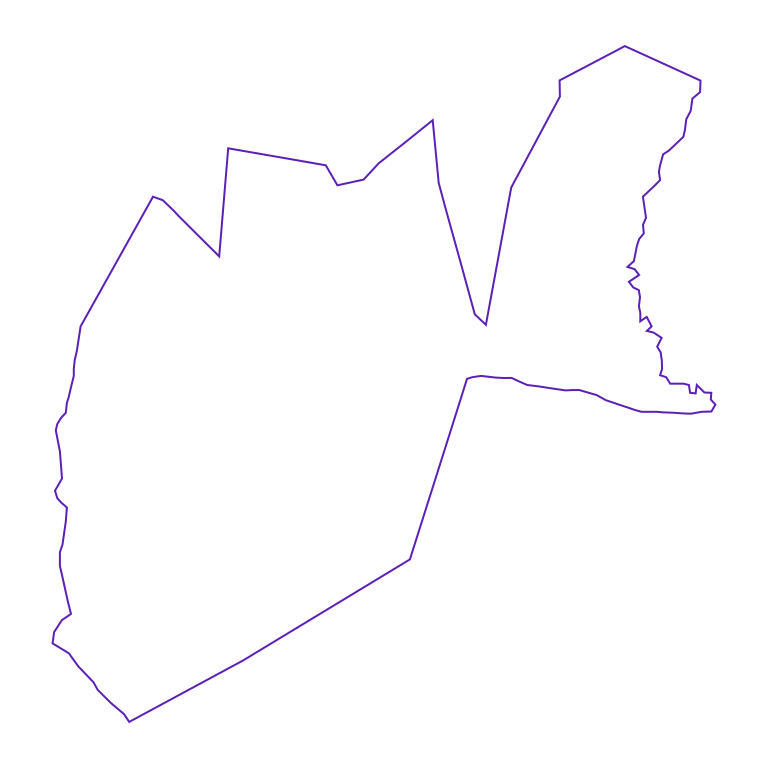 São Lourenço do Piauí, Piauí, Brazil (Natural Earth projection)
{"feature_id": "56859067B94074134644551", "entity_name": "São Lourenço do Piauí", "entity_type": "district", "adm_level": 2, "iso_a3": "BRA", "parent_name": "Brazil", "parent_adm1": "Piauí", "projection": "natural_earth1", "projection_center": [-42.478, -9.175], "detail": "fine", "context": "isolated", "style": "outline", "palette": "violet", "viewbox_px": 768, "rotation_deg": 0, "n_neighbors": 0, "source": "geoboundaries", "source_scale": "gbopen_adm2", "svg_char_len": 1766}
<svg xmlns="http://www.w3.org/2000/svg" viewBox="0 0 768 768"><path d="M700.5,80.6L624.8,46.1L559.6,80.4L559.9,96.6L511.2,187.6L497.6,261.4L485.9,324.8L474.8,314.3L460.3,261.4L445.5,208.2L438.7,182.9L432.7,120.2L405.6,142.0L378.8,163.2L363.6,179.6L337.4,185.3L325.8,165.3L228.2,148.3L219.2,256.4L178.6,216.0L174.0,211.0L162.8,200.2L153.0,196.7L116.9,261.4L80.6,326.4L76.9,350.6L74.7,360.3L73.8,368.8L73.8,375.9L71.6,384.7L68.7,397.1L66.9,402.9L65.8,412.8L61.1,417.8L57.3,424.0L55.8,430.4L59.9,451.3L62.0,478.5L55.0,490.7L57.3,498.2L61.1,502.5L66.9,507.5L65.8,521.5L62.5,544.5L59.9,552.3L59.9,565.9L62.8,578.6L67.8,601.3L71.0,613.9L61.9,620.1L57.4,627.1L54.1,632.1L52.6,643.4L69.0,653.4L73.6,659.9L78.5,666.6L93.5,682.3L97.8,690.0L111.2,703.3L124.0,714.1L129.2,721.9L242.8,660.6L409.9,559.4L453.9,420.5L467.0,378.9L472.2,377.2L481.1,375.9L495.8,377.6L504.0,378.0L511.6,377.9L518.8,381.3L527.2,385.0L538.1,386.3L556.4,389.1L565.7,390.4L571.5,390.1L579.1,390.0L596.7,395.1L605.9,400.2L635.0,410.0L641.4,411.8L656.6,411.8L663.8,412.4L672.4,412.7L678.4,413.1L684.5,413.5L691.0,413.7L701.7,411.8L711.4,411.5L715.4,404.6L710.8,399.5L711.3,392.8L704.4,392.5L696.8,385.0L695.6,393.4L690.1,392.8L688.9,385.0L683.6,383.7L670.2,383.7L666.2,377.2L660.1,375.2L662.1,368.8L661.8,360.6L660.7,352.5L657.2,346.7L661.6,337.9L653.6,332.6L646.9,330.9L651.6,326.4L646.7,316.9L640.3,321.3L640.3,313.0L638.9,306.1L640.0,297.3L638.8,290.1L633.3,287.5L628.9,281.8L639.1,275.0L634.7,269.2L627.5,266.9L633.9,261.1L636.9,245.9L639.1,239.1L643.8,233.4L643.0,224.8L646.0,217.8L642.9,196.7L654.8,185.5L660.1,180.1L658.9,171.8L660.1,165.2L663.1,154.4L669.1,150.4L683.4,136.8L684.9,130.1L686.3,119.2L690.7,110.9L692.4,98.6L700.1,92.1L700.5,80.6Z" fill="none" stroke="#5b21b6" stroke-width="2"/></svg>